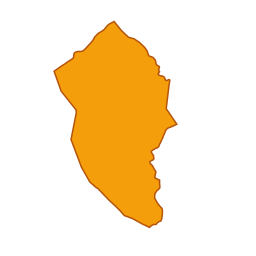 the district of Caridad, Valle, Honduras, rotated 232°
{"feature_id": "27666195B77015637320307", "entity_name": "Caridad", "entity_type": "district", "adm_level": 2, "iso_a3": "HND", "parent_name": "Honduras", "parent_adm1": "Valle", "projection": "albers", "projection_center": [-87.706, 13.817], "detail": "fine", "context": "isolated", "style": "filled", "palette": "amber", "viewbox_px": 256, "rotation_deg": 232, "n_neighbors": 0, "source": "geoboundaries", "source_scale": "gbopen_adm2", "svg_char_len": 5173}
<svg xmlns="http://www.w3.org/2000/svg" viewBox="0 0 256 256"><g transform="rotate(232 128 128)"><path d="M218.2,104.7L198.2,98.0L174.3,98.2L171.8,96.6L154.0,76.0L125.7,67.2L109.1,64.7L101.2,66.1L98.4,67.1L89.8,67.9L82.3,68.7L79.1,69.2L73.9,70.1L66.7,70.9L61.3,71.2L53.6,75.9L47.7,78.4L43.3,80.3L36.4,83.8L36.5,84.3L36.6,84.7L36.6,85.2L36.7,85.5L36.7,85.9L36.6,86.4L36.5,87.2L36.4,87.8L36.4,88.2L36.3,88.6L36.2,88.9L36.1,89.0L35.9,89.2L35.8,89.3L35.6,89.5L35.4,89.8L35.2,90.0L35.0,90.3L34.9,90.5L34.8,90.8L34.8,91.1L34.8,91.3L34.9,91.5L35.0,91.9L35.1,92.2L35.1,92.3L35.2,92.6L35.2,93.1L35.2,93.5L35.2,94.3L34.9,95.5L34.5,96.7L35.1,97.8L35.5,98.5L35.9,98.9L37.5,100.6L39.0,102.1L39.3,102.4L39.7,102.7L40.6,103.4L41.1,103.8L41.6,104.2L42.1,104.5L42.6,104.8L42.8,104.9L43.0,105.0L43.5,105.1L43.9,105.2L44.3,105.2L44.8,105.2L45.5,105.1L46.5,105.0L46.9,105.0L47.1,105.0L48.7,105.0L50.4,105.0L51.4,105.0L51.8,105.0L52.0,105.1L54.5,105.6L56.2,105.9L56.6,106.0L56.9,106.2L57.4,106.7L57.8,107.0L58.5,107.7L59.3,108.5L59.7,109.0L59.8,109.1L60.0,109.5L60.2,110.4L60.6,111.9L60.8,112.5L60.8,112.9L60.8,113.8L60.9,114.2L60.9,114.6L61.0,115.3L61.1,115.8L61.1,116.0L61.3,116.2L61.4,116.3L61.7,116.6L62.3,117.1L62.9,117.5L63.6,117.9L64.4,118.5L65.5,119.2L65.7,119.3L65.8,119.4L66.0,119.5L66.3,119.9L66.6,120.2L66.8,120.3L67.0,120.5L67.5,120.8L67.7,120.7L67.8,120.7L67.9,120.4L68.0,120.3L69.4,119.8L70.3,119.5L70.5,119.4L70.9,119.1L71.1,118.9L71.5,118.7L71.9,118.6L72.1,118.6L72.3,118.6L72.5,118.7L72.7,118.8L73.0,119.1L73.3,119.6L73.7,120.0L74.6,121.0L75.1,121.5L75.3,121.9L75.5,122.1L75.6,122.3L75.8,122.5L76.1,122.7L76.3,122.9L76.5,123.0L76.9,123.2L77.3,123.3L77.5,123.3L77.9,123.3L78.1,123.3L78.5,123.2L78.9,123.2L79.4,123.3L80.2,123.5L80.5,123.6L81.9,123.8L82.4,123.9L82.7,123.9L83.7,124.0L84.1,124.0L84.4,124.0L84.8,123.9L85.3,123.8L85.8,123.8L86.2,123.8L86.5,123.8L86.8,123.8L87.2,123.9L87.4,123.9L87.5,124.0L87.8,124.3L87.9,124.6L88.0,124.7L88.0,124.9L88.0,125.3L88.0,125.5L87.9,125.9L87.8,126.6L87.7,127.0L87.6,127.5L87.5,127.8L87.5,128.1L87.4,128.4L87.5,128.6L87.5,128.9L87.6,129.1L87.9,129.3L88.0,129.5L88.4,129.8L89.0,130.2L89.8,130.6L90.2,130.8L90.7,131.1L90.8,131.1L91.0,131.1L92.0,131.2L93.1,131.3L94.0,131.4L94.4,131.5L94.5,131.5L94.8,131.7L94.9,131.8L95.0,132.0L95.2,132.3L95.3,132.5L95.4,133.0L95.4,133.3L95.4,133.7L95.4,133.9L95.3,134.2L95.2,134.8L95.1,135.1L95.1,135.4L95.1,136.2L95.1,136.6L95.1,136.8L95.0,137.0L94.9,137.2L94.7,137.9L94.6,138.2L94.4,138.7L94.4,139.1L94.3,139.6L94.3,140.1L94.3,140.4L94.4,140.7L94.5,140.9L94.7,141.2L94.8,141.4L95.1,141.7L95.2,141.8L95.3,142.0L95.5,142.3L95.6,142.6L95.8,142.9L96.0,143.6L96.2,144.0L96.7,145.0L97.3,146.2L97.6,146.6L98.0,147.5L98.4,148.5L98.7,149.1L98.9,149.4L99.1,149.7L99.2,150.0L99.7,150.6L99.9,150.9L100.0,151.1L100.2,151.5L100.4,151.7L100.5,152.0L100.8,152.7L101.0,153.0L101.2,153.4L101.4,153.8L101.8,154.4L102.0,154.7L102.3,155.1L102.5,155.4L102.6,155.8L102.8,156.3L103.0,156.9L103.1,157.3L103.2,157.6L103.3,158.0L103.3,158.4L103.4,158.7L103.4,159.0L103.3,159.5L103.2,159.8L103.1,160.2L102.9,160.8L102.6,161.8L102.4,162.4L101.9,164.4L101.7,165.1L101.6,165.5L101.4,166.2L101.1,167.9L100.9,168.8L119.7,170.0L137.4,187.6L138.0,188.4L138.8,189.2L139.3,189.8L139.5,190.0L139.8,190.2L140.0,190.3L140.3,190.4L140.5,190.4L140.8,190.2L141.0,190.0L141.1,189.7L141.2,189.4L141.2,189.1L141.2,188.9L141.2,188.7L141.3,188.5L141.4,188.2L141.5,187.9L141.7,187.7L141.9,187.5L142.1,187.4L142.3,187.2L142.5,187.2L142.8,187.1L143.0,187.1L143.5,187.2L143.8,187.3L144.0,187.3L144.4,187.5L144.8,187.7L145.0,187.8L145.4,187.9L145.7,187.8L146.0,187.8L146.2,187.7L146.7,187.6L146.9,187.5L147.2,187.4L147.6,187.1L148.0,186.9L148.3,186.6L148.5,186.4L148.6,186.2L148.7,185.9L148.8,185.8L149.6,185.5L151.1,184.9L151.4,184.9L151.5,184.9L151.8,184.9L151.9,185.0L152.0,185.0L152.3,185.3L152.4,185.6L152.5,186.0L152.6,186.3L152.7,186.7L152.7,187.0L152.8,187.3L153.0,187.4L153.0,187.5L154.4,187.7L154.5,187.7L154.6,187.8L155.0,188.2L155.4,188.6L155.7,189.0L155.9,189.2L156.2,189.7L156.4,190.0L156.6,190.2L156.7,190.3L156.9,190.4L157.0,190.5L157.4,190.5L157.6,190.4L158.0,190.2L158.9,189.8L159.2,189.7L159.4,189.6L159.7,189.6L160.0,189.5L160.5,189.5L160.8,189.5L161.1,189.6L161.4,189.7L161.7,189.8L161.9,189.9L162.2,190.1L162.9,190.5L163.2,190.7L163.5,190.9L163.8,191.0L164.0,191.1L164.5,191.2L164.9,191.3L165.9,191.3L166.4,191.2L167.2,191.2L167.8,191.2L168.2,191.1L168.4,191.0L169.0,190.7L169.4,190.5L169.8,190.3L170.2,190.0L170.5,189.8L170.7,189.6L170.8,189.5L171.1,189.3L171.4,189.2L171.6,189.1L171.8,189.1L172.1,189.0L172.4,189.0L172.8,189.1L173.2,189.2L173.8,189.4L174.3,189.5L174.5,189.6L175.2,189.9L177.2,190.5L179.1,190.7L181.6,190.7L184.5,190.3L186.7,190.0L189.2,189.5L191.8,188.6L194.7,187.6L197.5,185.5L199.4,184.2L209.0,182.8L220.5,182.6L220.5,182.3L221.0,179.9L221.3,178.3L221.5,176.8L221.4,175.0L220.6,171.5L220.2,168.9L220.9,162.7L220.2,157.7L219.0,155.1L218.1,152.0L217.6,148.7L216.7,143.1L216.4,140.2L217.1,138.2L217.9,137.3L219.3,135.4L220.0,133.7L220.1,131.9L219.4,130.7L218.4,129.8L216.9,128.3L216.8,126.1L217.3,121.1L217.4,117.2L217.8,114.1L218.2,104.8L218.2,104.7Z" fill="#f59e0b" stroke="#b45309" stroke-width="1.5"/></g></svg>